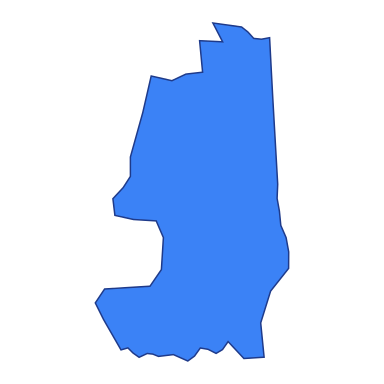 the border of Agago
{"feature_id": "UGA-5608", "entity_name": "Agago", "entity_type": "District", "adm_level": 1, "iso_a3": "UGA", "parent_name": "Uganda", "parent_adm1": "", "projection": "equal_earth", "projection_center": [33.347, 2.944], "detail": "fine", "context": "isolated", "style": "filled", "palette": "blue", "viewbox_px": 384, "rotation_deg": 0, "n_neighbors": 0, "source": "natural_earth", "source_scale": "10m", "svg_char_len": 776}
<svg xmlns="http://www.w3.org/2000/svg" viewBox="0 0 384 384"><path d="M269.6,37.7L271.4,72.4L272.8,98.4L277.7,184.2L277.1,198.4L279.4,211.1L280.8,225.4L286.1,237.6L288.7,251.9L288.6,268.4L270.6,291.1L260.7,322.9L264.1,357.2L243.9,358.5L228.1,341.6L222.5,349.6L216.1,353.4L208.0,349.3L200.3,348.0L194.5,356.1L187.8,361.0L173.4,354.6L158.5,356.4L152.8,354.1L147.2,353.5L139.1,357.3L133.0,353.0L127.9,347.9L121.0,349.9L103.6,319.6L95.3,302.9L104.6,289.0L150.0,286.2L161.4,269.6L163.4,237.6L156.2,220.9L133.5,219.5L114.9,215.4L112.9,198.7L123.2,187.6L130.4,176.4L130.4,157.0L142.8,112.5L151.2,76.0L171.9,80.7L185.9,74.1L202.6,72.2L199.6,40.7L222.6,41.8L212.9,23.0L241.6,27.0L247.9,32.0L253.7,38.4L261.5,39.2L269.6,37.7Z" fill="#3b82f6" stroke="#1e3a8a" stroke-width="1.5"/></svg>